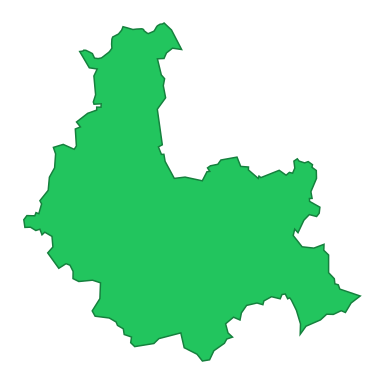 Kumanovo, Staro Nagoričane, North Macedonia (Equal Earth projection)
{"feature_id": "65306769B55307449205038", "entity_name": "Kumanovo", "entity_type": "district", "adm_level": 2, "iso_a3": "MKD", "parent_name": "North Macedonia", "parent_adm1": "Staro Nagoričane", "projection": "equal_earth", "projection_center": [21.797, 42.114], "detail": "fine", "context": "isolated", "style": "filled", "palette": "green", "viewbox_px": 384, "rotation_deg": 0, "n_neighbors": 0, "source": "geoboundaries", "source_scale": "gbopen_adm2", "svg_char_len": 2450}
<svg xmlns="http://www.w3.org/2000/svg" viewBox="0 0 384 384"><path d="M360.2,296.0L339.8,289.1L338.3,284.8L334.9,283.8L334.3,278.7L328.6,272.7L328.6,255.0L323.8,250.3L324.0,244.3L313.9,248.1L302.1,246.8L293.2,235.5L294.7,229.1L298.0,232.7L303.9,220.2L309.3,214.6L316.6,216.5L319.2,213.2L319.9,207.2L309.6,201.4L309.4,198.5L312.1,198.4L310.9,191.7L316.5,178.4L316.3,170.5L312.0,167.3L312.5,164.7L308.2,161.6L304.6,162.9L299.1,161.1L297.3,158.8L293.9,161.1L294.8,168.1L292.6,173.2L289.4,172.4L286.1,175.2L279.2,170.3L260.9,177.6L259.0,176.1L258.2,178.4L248.4,169.9L248.5,167.0L240.7,166.4L237.0,157.1L220.9,160.0L217.8,164.3L210.4,165.8L207.5,167.9L209.8,171.4L207.0,171.7L202.3,180.8L185.1,177.1L174.3,178.4L165.1,161.4L163.9,154.3L161.4,154.4L158.4,146.9L162.3,144.8L157.3,109.2L165.6,97.8L163.3,85.7L164.6,78.7L161.3,74.9L157.4,58.8L164.0,58.5L166.5,52.9L172.5,48.2L181.6,49.5L171.5,30.0L164.1,23.0L162.4,24.0L160.1,24.2L157.4,25.8L156.4,27.1L154.9,29.8L153.9,31.2L151.6,32.2L148.3,33.6L147.1,33.1L145.7,32.0L144.1,30.8L143.6,29.6L142.6,29.0L141.6,28.8L137.9,29.0L137.3,29.0L132.9,29.5L127.1,27.8L123.0,26.7L121.7,30.1L118.5,34.0L112.7,37.0L111.9,39.1L111.6,44.2L111.9,48.2L110.2,50.7L109.0,52.1L107.9,53.0L101.5,57.9L98.2,58.6L94.5,58.1L92.4,53.6L90.2,52.4L85.9,50.3L83.7,50.2L82.8,51.1L79.7,51.5L89.3,67.8L97.2,69.0L93.9,76.0L95.6,94.8L93.3,102.0L94.0,104.2L101.2,103.8L101.0,107.2L96.7,107.1L96.7,110.1L87.7,113.3L76.5,122.0L80.4,126.9L75.3,129.0L76.4,146.0L74.2,149.3L63.2,144.4L53.4,147.4L55.6,153.9L54.6,167.8L49.4,177.2L48.2,190.3L39.9,200.7L41.6,203.9L38.8,213.7L36.0,212.6L34.8,215.8L26.9,215.6L23.8,219.7L24.9,227.4L30.5,227.2L35.8,230.5L39.9,229.2L42.0,234.8L44.8,232.2L52.0,236.4L52.9,247.0L47.7,252.9L58.8,268.3L66.0,263.7L70.0,265.2L73.1,271.4L73.0,278.6L78.8,281.5L92.5,280.2L100.5,282.8L99.9,298.6L92.2,310.9L95.1,316.2L109.3,318.0L116.1,322.0L117.5,325.4L123.3,328.8L124.2,334.5L131.5,337.0L130.7,342.7L134.7,346.6L153.9,343.5L158.9,338.6L180.8,332.9L184.2,347.7L197.0,354.2L202.4,361.0L209.6,359.8L213.9,350.7L224.4,343.3L226.8,339.0L232.5,337.1L228.0,332.9L225.6,323.8L233.5,317.2L240.0,320.0L241.4,312.9L246.6,305.4L257.0,303.0L262.9,304.7L263.9,300.9L271.5,296.7L280.2,298.8L282.0,294.5L285.3,294.0L287.7,298.8L289.7,297.8L291.4,300.1L296.4,310.3L300.5,323.9L300.2,334.3L306.0,326.2L320.5,319.9L326.7,314.2L333.4,314.4L341.2,310.7L345.4,312.5L351.1,303.0L360.2,296.0Z" fill="#22c55e" stroke="#15803d" stroke-width="1.5"/></svg>